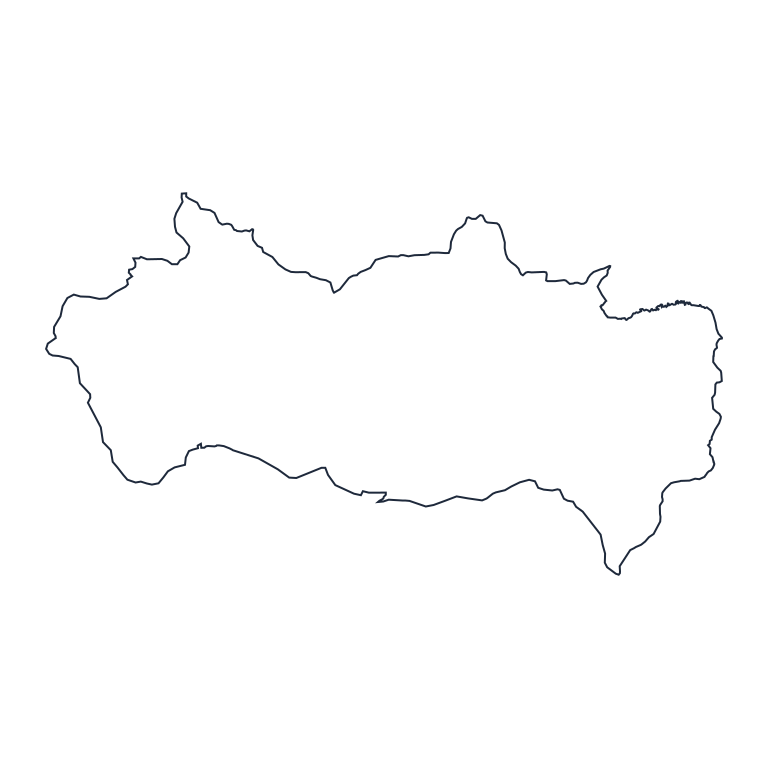 outline of Rejang Lebong, Bengkulu, Indonesia
{"feature_id": "22746128B47928451075254", "entity_name": "Rejang Lebong", "entity_type": "district", "adm_level": 2, "iso_a3": "IDN", "parent_name": "Indonesia", "parent_adm1": "Bengkulu", "projection": "orthographic", "projection_center": [102.767, -3.438], "detail": "fine", "context": "isolated", "style": "outline", "palette": "slate", "viewbox_px": 768, "rotation_deg": 0, "n_neighbors": 0, "source": "geoboundaries", "source_scale": "gbopen_adm2", "svg_char_len": 6091}
<svg xmlns="http://www.w3.org/2000/svg" viewBox="0 0 768 768"><path d="M127.4,479.7L135.6,482.5L140.8,481.6L146.9,483.5L151.9,484.6L158.5,483.3L163.3,477.5L167.9,471.3L174.6,467.4L185.0,464.8L185.8,457.5L188.9,451.1L192.8,449.6L198.0,448.2L197.7,445.6L200.9,443.8L201.3,447.8L204.4,447.7L206.1,446.3L208.1,446.0L214.5,446.4L216.1,446.0L216.8,445.4L219.0,445.4L223.8,446.1L229.6,448.4L232.3,449.8L232.8,450.2L258.5,458.4L277.8,469.3L289.2,477.6L296.3,478.0L321.5,467.8L325.3,467.8L328.0,474.9L335.3,485.1L354.0,493.7L360.9,495.2L362.9,491.2L369.0,492.7L385.8,492.6L385.8,494.8L383.8,496.8L383.3,498.5L382.2,499.3L379.4,500.8L378.0,502.0L383.3,501.5L388.7,499.7L402.2,500.5L404.9,500.5L409.5,500.9L425.8,506.5L433.6,505.0L445.3,500.7L456.6,496.4L468.1,498.4L482.1,500.4L486.0,498.8L487.1,498.2L492.8,493.7L495.8,492.4L505.0,490.2L511.3,486.5L519.9,482.3L529.1,479.8L535.0,481.3L538.2,487.8L543.7,489.6L549.4,490.2L552.3,490.5L557.5,489.3L559.8,489.9L563.9,498.7L567.6,500.7L573.1,501.7L576.1,506.8L582.7,511.6L600.6,534.6L602.7,545.0L605.1,553.6L604.8,562.7L607.2,567.3L615.8,573.7L618.7,574.7L619.9,573.2L620.0,571.4L619.7,566.2L630.2,550.1L634.0,548.2L635.9,547.0L640.8,544.9L641.7,544.3L645.2,541.5L648.9,537.2L653.6,534.0L660.2,521.6L660.5,516.8L660.0,514.0L659.8,506.0L660.2,504.9L662.6,501.3L662.6,499.2L662.0,497.0L662.3,493.1L662.8,492.1L665.6,488.5L671.0,483.2L674.0,482.3L679.6,481.3L680.8,480.9L689.5,480.6L695.1,478.7L699.3,479.2L704.5,476.9L705.5,475.3L706.2,474.6L706.9,473.3L707.8,472.3L708.7,471.4L710.9,470.4L712.8,468.0L714.2,464.7L714.1,464.3L714.3,463.9L713.7,461.7L713.5,461.8L712.5,457.2L709.9,454.2L710.5,448.2L708.1,445.2L709.6,444.0L709.9,440.8L711.7,439.6L711.7,437.2L715.0,429.7L719.1,423.2L720.6,418.8L720.9,416.8L719.4,413.9L716.3,411.7L713.2,408.8L712.1,397.8L714.6,394.8L715.1,392.6L715.4,384.4L716.8,382.6L719.5,382.3L721.8,381.0L721.2,372.7L720.7,370.9L717.3,367.6L713.2,362.0L713.4,356.2L713.7,356.1L714.0,351.4L715.1,349.3L716.8,348.1L717.0,347.5L716.5,344.9L716.6,343.7L716.9,342.9L718.2,340.6L719.1,339.5L719.5,339.0L721.9,338.5L721.9,337.6L718.4,333.7L716.6,329.1L715.5,322.7L713.3,315.3L711.4,310.8L708.2,308.5L707.1,307.5L706.7,307.4L705.1,308.1L704.6,308.0L703.9,307.1L701.4,306.6L700.6,305.3L700.1,305.0L699.8,305.0L699.2,306.0L698.4,306.0L693.5,305.2L691.8,305.2L691.3,305.0L689.6,302.6L689.2,302.6L688.9,304.0L688.7,304.1L688.3,303.9L687.2,302.5L686.3,302.5L685.9,302.8L685.4,304.6L684.8,304.8L683.9,301.3L683.4,301.4L683.3,302.4L683.0,302.7L682.6,302.7L681.7,301.1L681.1,301.1L681.1,302.6L680.9,302.8L680.7,302.8L679.2,301.9L678.9,301.9L678.7,302.2L678.6,303.3L678.4,303.5L677.6,303.2L677.8,301.2L677.6,300.8L677.4,300.8L676.0,301.8L675.8,302.3L676.0,303.8L675.4,304.5L673.5,304.7L672.3,303.9L671.8,303.9L669.6,305.2L669.3,305.0L668.5,303.6L667.9,303.5L667.6,304.3L668.0,305.5L666.3,306.9L665.7,305.8L665.3,305.7L664.1,306.7L663.7,306.8L662.8,306.2L661.8,307.1L661.7,306.8L662.2,305.0L661.9,304.6L661.3,304.5L660.6,304.7L659.6,306.0L659.2,306.2L658.3,306.0L657.8,306.3L656.4,307.6L656.4,308.0L658.5,309.1L658.6,309.4L658.3,309.7L656.8,309.3L655.9,310.2L654.6,309.8L653.1,310.4L652.0,309.0L651.4,309.2L650.2,311.4L649.5,311.6L648.5,310.6L646.3,309.7L645.9,309.7L644.6,310.5L644.1,310.4L642.5,309.0L640.3,309.3L640.1,309.5L640.2,309.8L641.1,310.5L641.2,311.2L637.8,312.8L636.7,312.3L636.3,312.3L634.8,313.5L633.5,313.4L633.1,313.7L632.0,316.0L631.1,317.2L630.2,317.7L628.5,318.2L626.6,319.9L625.9,319.7L624.7,318.1L621.7,318.5L621.2,319.0L620.2,318.7L617.9,318.9L615.6,317.6L610.3,317.6L607.6,317.3L607.3,316.3L606.6,316.0L604.5,313.0L603.6,310.8L601.9,309.3L600.5,306.5L601.4,306.0L601.3,305.4L601.5,305.2L602.1,305.3L603.1,304.7L604.0,303.3L604.7,302.6L605.6,301.3L606.2,300.9L601.9,294.7L597.6,286.6L601.5,279.7L604.0,277.3L606.7,275.5L607.7,272.9L607.6,270.6L610.1,267.0L610.2,266.1L609.5,265.9L603.8,268.6L600.6,269.3L593.6,272.0L590.3,274.9L588.0,278.1L587.1,280.5L586.0,282.3L583.7,283.7L581.1,283.9L577.7,282.7L574.9,282.8L573.4,283.5L569.7,283.9L565.8,280.5L564.0,280.1L555.6,281.1L547.4,281.1L546.1,280.4L546.8,274.3L546.2,272.4L544.0,271.9L531.7,272.4L527.9,272.0L525.8,272.6L522.9,275.3L521.1,274.2L519.9,272.1L518.6,268.7L515.7,265.6L511.1,262.2L507.7,258.7L505.8,253.9L504.7,248.2L504.8,242.5L501.5,230.4L499.0,224.9L496.9,223.3L487.4,222.5L485.4,221.3L482.6,215.7L480.2,215.1L475.7,218.9L472.0,218.9L468.7,217.3L467.1,217.8L466.7,218.6L465.1,223.4L461.8,226.9L458.0,229.0L456.2,230.6L453.9,234.3L451.0,241.9L450.5,248.4L448.7,253.0L445.3,253.1L438.3,252.6L430.4,252.7L428.6,254.3L424.3,254.9L414.5,255.2L408.4,256.3L403.2,255.1L400.9,255.1L398.1,256.5L388.8,256.1L375.6,259.9L370.4,267.8L365.4,270.1L360.7,271.9L358.2,273.7L357.0,275.2L353.3,275.6L350.8,276.8L348.8,278.1L339.9,289.3L334.2,292.6L333.9,292.2L333.7,292.3L332.7,290.3L330.4,282.5L325.9,280.2L320.0,279.2L316.4,277.8L311.9,276.5L310.7,276.0L308.3,273.2L305.7,272.1L295.6,272.2L291.0,271.9L285.4,269.4L278.4,264.4L272.4,257.0L263.2,252.0L262.0,247.8L257.6,245.9L253.1,240.0L252.4,235.3L253.2,229.9L252.8,229.3L252.1,229.2L249.4,231.3L246.1,230.4L244.4,230.6L241.9,231.5L237.0,231.0L236.0,230.2L234.2,229.8L232.1,226.0L231.2,224.8L228.8,223.9L226.9,223.7L222.4,224.6L221.9,224.4L218.6,222.1L214.5,212.9L210.2,210.2L200.6,208.8L197.2,202.7L188.8,198.5L186.2,196.5L186.2,193.3L181.8,193.6L181.6,197.5L182.6,201.8L176.2,213.1L174.4,218.8L175.0,226.8L176.5,232.5L183.2,238.3L189.3,246.5L188.6,252.6L185.6,257.5L180.1,260.2L177.4,264.2L171.9,264.2L167.4,260.8L161.9,259.0L147.0,259.3L140.9,256.9L139.1,258.4L133.4,258.4L135.5,262.7L135.2,266.9L132.4,269.1L129.1,269.7L128.8,272.7L130.6,274.5L130.6,274.9L132.1,276.4L127.0,280.0L127.9,284.3L125.5,286.7L115.7,291.9L106.6,298.3L99.3,298.9L89.3,296.8L80.5,296.5L73.8,294.6L67.4,298.0L62.6,306.2L60.5,316.3L54.1,326.9L53.8,333.0L55.6,336.3L55.6,337.9L56.5,337.5L47.8,343.6L46.1,348.9L49.2,353.8L52.6,355.5L58.7,356.0L70.6,358.9L74.8,364.2L77.7,367.2L79.9,383.2L90.1,394.2L90.3,397.8L87.9,402.7L100.8,427.3L103.0,442.1L110.8,450.2L112.7,461.8L117.5,467.5L123.5,475.2L127.4,479.7Z" fill="none" stroke="#1e293b" stroke-width="2"/></svg>